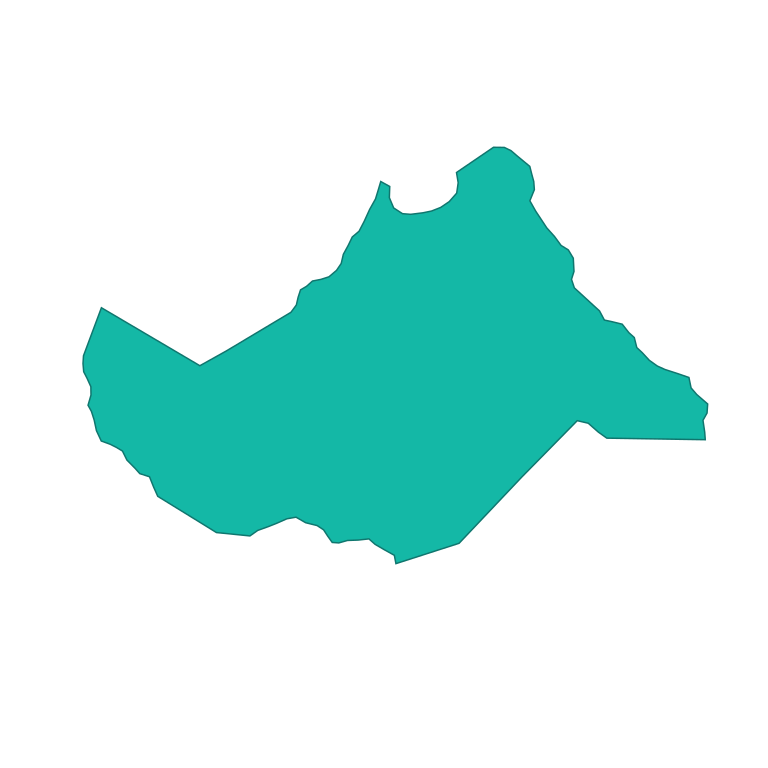 outline of Aparecida, Paraíba, Brazil, rotated 242°
{"feature_id": "56859067B78543699669517", "entity_name": "Aparecida", "entity_type": "district", "adm_level": 2, "iso_a3": "BRA", "parent_name": "Brazil", "parent_adm1": "Paraíba", "projection": "orthographic", "projection_center": [-38.057, -6.786], "detail": "fine", "context": "isolated", "style": "filled", "palette": "teal", "viewbox_px": 768, "rotation_deg": 242, "n_neighbors": 0, "source": "geoboundaries", "source_scale": "gbopen_adm2", "svg_char_len": 1647}
<svg xmlns="http://www.w3.org/2000/svg" viewBox="0 0 768 768"><g transform="rotate(242 384 384)"><path d="M504.2,112.7L497.2,112.8L488.3,111.2L477.8,108.2L466.4,107.6L459.5,113.8L453.9,117.8L447.6,121.6L437.5,121.3L426.5,124.6L419.5,126.3L412.2,133.4L401.1,132.2L391.0,131.5L344.4,158.8L331.5,166.3L312.8,194.3L314.0,203.8L312.4,214.9L311.4,223.8L310.6,234.9L307.7,243.8L298.3,249.7L290.4,258.5L283.6,262.2L275.9,262.9L268.4,263.9L264.9,269.5L263.0,278.3L258.3,288.0L254.3,298.0L246.5,300.9L237.0,306.8L227.9,312.7L219.8,310.2L208.1,375.5L237.1,461.8L260.9,537.4L253.5,545.9L240.8,550.7L231.6,555.3L184.0,641.5L191.0,644.6L202.2,648.6L206.7,655.6L214.4,660.4L227.9,655.2L236.4,653.3L246.6,656.3L255.4,648.1L264.9,638.9L271.5,633.8L280.3,629.4L290.5,626.7L297.5,624.3L307.5,626.8L314.4,624.3L325.0,622.4L332.3,614.2L337.0,608.6L347.3,608.6L359.4,604.3L379.5,597.2L388.4,598.7L394.2,604.6L406.2,610.2L415.8,609.7L423.2,605.4L434.2,603.8L445.5,601.0L455.1,600.1L465.3,599.1L477.3,598.8L485.0,608.0L492.5,611.3L500.0,613.0L507.7,614.9L514.7,612.0L522.7,608.7L530.4,605.7L536.4,601.3L541.6,591.8L536.7,547.3L526.9,544.0L518.4,537.8L514.4,527.2L513.3,516.9L514.4,507.2L516.9,498.7L521.3,487.2L525.7,480.3L534.9,475.2L546.0,476.2L555.7,481.8L564.3,476.2L558.0,470.0L551.4,463.4L544.9,453.3L537.0,443.0L530.6,433.7L528.7,425.0L523.2,417.5L517.6,409.0L510.5,402.8L506.6,395.4L504.5,385.7L506.0,377.4L508.5,369.2L506.6,361.4L506.3,354.5L500.9,348.9L494.9,343.7L491.0,335.5L487.2,259.9L486.6,230.0L584.0,170.3L550.0,131.9L543.3,127.8L535.8,124.6L528.3,124.5L519.2,123.9L511.8,120.1L504.2,112.7Z" fill="#14b8a6" stroke="#0f766e" stroke-width="1.5"/></g></svg>